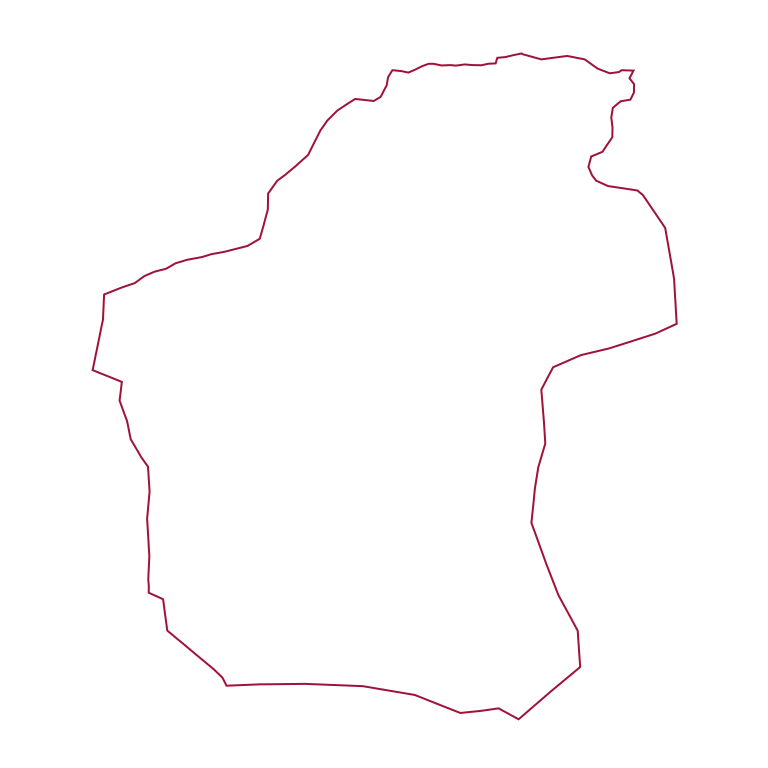 outline of Tolikara, Papua, Indonesia, rotated 91°
{"feature_id": "22746128B10432975654062", "entity_name": "Tolikara", "entity_type": "district", "adm_level": 2, "iso_a3": "IDN", "parent_name": "Indonesia", "parent_adm1": "Papua", "projection": "natural_earth1", "projection_center": [138.342, -3.489], "detail": "fine", "context": "isolated", "style": "outline", "palette": "rose", "viewbox_px": 768, "rotation_deg": 91, "n_neighbors": 0, "source": "geoboundaries", "source_scale": "gbopen_adm2", "svg_char_len": 3235}
<svg xmlns="http://www.w3.org/2000/svg" viewBox="0 0 768 768"><g transform="rotate(91 384 384)"><path d="M560.2,615.6L579.8,616.2L583.9,616.3L588.2,615.8L590.2,615.6L596.8,615.6L599.3,609.8L602.1,603.3L603.0,601.2L604.4,600.9L614.6,599.4L625.1,597.8L634.3,596.4L638.8,590.8L642.2,586.6L645.6,582.3L651.5,575.0L657.4,567.7L658.3,566.6L663.9,559.6L666.7,556.1L672.1,549.4L672.6,548.8L680.6,540.3L684.0,538.5L688.4,536.2L687.0,512.0L686.5,503.8L686.1,489.2L685.2,457.9L686.2,412.5L686.5,399.8L690.2,375.5L691.7,365.5L694.4,347.8L704.7,320.4L711.6,301.9L711.5,301.3L709.9,287.8L709.0,280.5L706.3,263.7L707.9,260.7L708.0,260.6L711.1,254.6L716.9,243.6L688.8,212.2L667.1,187.0L663.5,182.9L646.6,184.4L627.3,186.0L592.1,205.9L588.7,207.3L561.3,218.5L530.1,230.4L520.3,234.2L516.9,233.9L499.8,232.4L485.8,231.3L464.6,228.3L442.5,222.2L440.6,221.7L419.4,223.4L402.2,225.1L396.2,225.7L386.9,226.6L376.5,221.4L364.3,215.2L355.6,196.2L351.6,187.4L346.7,168.2L344.5,159.6L333.1,125.9L333.0,125.7L329.0,113.8L318.7,92.4L306.0,93.4L294.5,94.2L291.7,94.5L273.8,95.8L267.9,96.9L240.0,102.3L223.0,105.6L214.2,111.8L190.5,128.5L186.8,133.2L186.1,134.0L184.6,144.9L182.2,163.4L179.6,169.4L177.1,175.3L171.9,179.5L163.9,183.2L163.4,183.4L152.9,180.8L150.4,175.0L148.1,169.7L141.6,165.5L134.9,161.1L133.2,160.0L130.8,160.0L123.6,160.0L113.4,161.4L104.0,160.0L103.8,160.0L97.2,152.3L95.4,142.6L88.2,139.2L79.8,139.2L74.0,143.9L66.3,140.0L66.1,151.9L68.0,154.5L69.3,163.1L69.4,163.7L64.9,176.0L55.9,189.0L52.8,206.6L53.1,208.6L56.4,230.5L56.7,232.3L51.8,251.3L51.1,252.1L53.1,261.0L55.0,268.3L55.3,271.0L55.9,276.4L61.5,278.0L62.0,285.4L63.6,292.3L63.6,300.2L63.1,309.0L64.4,317.6L64.0,323.2L64.5,332.0L63.0,340.1L63.0,341.5L63.1,345.0L65.6,351.5L69.2,358.4L72.2,365.1L70.9,371.7L70.8,372.6L70.1,381.1L77.2,385.3L85.2,386.5L86.0,386.9L97.0,392.4L101.2,399.2L99.5,417.8L104.6,425.6L111.4,435.4L115.6,439.5L121.5,445.2L124.5,447.2L131.7,452.1L139.9,456.0L141.8,457.0L144.1,458.1L149.6,460.7L153.0,462.3L156.2,463.8L163.6,471.8L168.0,476.5L173.5,482.9L176.5,486.3L179.0,489.6L182.6,494.3L195.6,503.2L196.9,503.2L199.6,503.2L208.2,503.2L208.9,503.2L209.0,503.2L210.3,503.2L211.5,503.2L212.0,503.3L214.0,503.8L216.3,504.4L228.0,507.3L239.6,510.4L240.9,510.7L242.5,513.3L248.3,522.8L253.2,540.7L253.7,542.3L254.5,545.5L255.5,550.2L257.0,557.9L257.1,558.6L259.1,564.6L260.2,568.2L260.3,568.5L261.5,574.3L263.0,581.7L263.3,583.1L263.4,583.6L264.5,586.8L265.3,589.3L266.0,591.6L266.9,594.4L267.8,596.0L272.6,604.0L273.3,606.5L274.3,610.4L275.7,615.3L277.1,618.5L280.3,625.5L283.6,629.9L284.9,631.5L287.5,635.0L289.2,639.9L292.2,648.1L295.5,656.1L299.4,665.4L308.7,665.7L314.1,665.8L319.4,666.0L324.5,666.1L333.8,667.9L337.3,668.5L354.0,671.6L360.2,672.8L368.1,674.2L370.5,674.7L375.2,675.6L378.3,667.6L380.2,662.5L386.5,646.1L387.5,646.3L392.0,646.7L399.7,647.5L405.2,648.1L412.0,645.5L417.4,643.4L418.8,642.9L425.1,640.4L425.3,640.4L425.7,640.2L433.0,638.6L438.6,637.4L442.7,636.5L443.6,636.3L449.8,632.5L457.0,628.1L461.5,625.4L466.5,621.7L470.8,618.5L471.2,618.5L477.0,618.0L480.8,617.7L487.3,617.2L492.9,616.7L493.0,616.7L495.6,616.5L516.2,618.0L520.3,618.3L522.8,618.5L540.8,617.1L552.8,616.2L560.2,615.6Z" fill="none" stroke="#9f1239" stroke-width="2"/></g></svg>